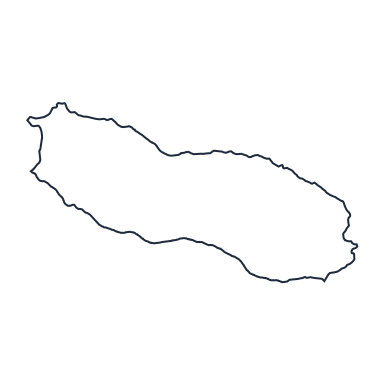 outline of Grecia, Alajuela, Costa Rica, rotated 263°
{"feature_id": "36466004B60213245209904", "entity_name": "Grecia", "entity_type": "district", "adm_level": 2, "iso_a3": "CRI", "parent_name": "Costa Rica", "parent_adm1": "Alajuela", "projection": "albers", "projection_center": [-84.294, 10.09], "detail": "fine", "context": "isolated", "style": "outline", "palette": "slate", "viewbox_px": 384, "rotation_deg": 263, "n_neighbors": 0, "source": "geoboundaries", "source_scale": "gbopen_adm2", "svg_char_len": 5993}
<svg xmlns="http://www.w3.org/2000/svg" viewBox="0 0 384 384"><g transform="rotate(263 192 192)"><path d="M186.4,314.7L185.6,312.2L185.9,311.4L186.7,310.6L188.4,307.7L188.7,306.8L189.5,305.6L190.3,305.0L191.8,303.2L192.4,301.2L193.7,299.5L194.7,298.6L196.0,298.1L197.7,296.4L200.3,294.6L201.7,293.3L203.1,290.9L204.4,289.3L204.2,286.3L204.4,285.9L204.8,285.5L207.3,285.2L207.7,284.9L207.5,283.4L206.7,281.0L210.9,275.6L213.3,274.3L215.7,272.8L216.0,269.9L216.7,268.7L216.9,268.0L218.5,265.8L219.1,264.7L219.4,263.6L220.7,261.9L220.7,258.5L220.3,257.4L220.3,256.6L219.5,254.9L219.6,253.4L220.1,252.2L221.5,250.7L222.0,249.8L222.5,248.5L223.9,245.6L224.0,241.8L224.3,240.3L224.8,239.2L225.8,237.6L227.6,235.9L227.6,233.9L227.5,233.0L227.0,232.1L226.9,230.1L227.6,228.1L228.4,226.8L230.3,218.8L229.7,217.3L228.3,214.9L228.3,213.7L228.5,212.9L228.5,207.3L228.9,205.8L229.3,198.4L230.9,195.2L231.4,194.8L232.3,193.2L232.3,190.8L231.9,189.2L231.9,186.0L231.7,185.8L231.7,185.4L231.2,184.9L230.5,183.1L230.5,176.6L230.7,175.2L231.3,173.2L231.9,172.3L231.9,171.9L232.8,170.8L233.5,169.5L234.7,168.1L234.7,167.7L236.2,166.0L237.6,164.8L239.6,163.8L240.1,163.4L241.1,162.9L241.5,162.9L242.5,162.1L243.6,161.6L244.9,160.1L245.6,158.8L245.9,158.6L246.0,158.2L246.3,158.1L246.8,157.1L250.1,153.9L250.2,153.6L254.7,149.4L256.3,147.3L258.5,144.9L259.2,143.8L260.0,143.0L260.8,142.8L260.8,142.4L262.0,141.1L263.6,140.0L263.9,139.3L264.4,138.8L264.4,138.4L265.0,137.5L265.0,136.7L264.8,136.4L264.8,131.6L265.2,130.1L265.8,129.0L266.1,128.8L266.2,128.5L267.9,126.4L270.6,124.5L270.9,124.4L271.6,123.6L273.2,122.2L273.6,122.1L274.4,121.0L274.2,118.6L273.8,117.8L273.8,116.2L275.2,114.1L275.4,112.9L275.4,108.9L276.4,105.2L279.7,96.4L279.7,95.5L280.2,93.1L281.5,90.7L282.0,88.8L282.8,87.9L284.6,86.3L285.5,85.4L285.6,85.0L285.6,82.5L285.8,81.6L286.2,80.9L286.7,80.3L290.1,78.1L293.9,77.3L294.9,76.9L295.7,76.3L295.5,73.9L296.6,70.1L295.4,68.5L293.4,68.5L293.1,68.2L292.5,67.2L292.5,64.4L292.3,63.8L290.7,62.9L290.0,62.3L288.1,61.1L287.3,60.4L286.1,58.6L284.6,54.7L284.3,53.8L284.3,51.8L284.0,49.1L284.0,45.7L284.8,44.3L285.2,42.9L286.0,41.5L286.1,40.3L283.3,37.3L278.2,40.6L277.8,40.6L277.4,41.1L276.6,42.8L276.6,47.3L276.2,48.0L273.8,49.4L273.0,49.4L270.3,50.0L265.5,50.0L264.8,49.8L263.6,49.8L262.9,49.4L254.1,47.0L252.5,46.4L252.1,45.8L251.7,45.8L251.1,45.4L243.4,45.4L241.9,45.2L241.0,44.6L240.6,44.6L239.2,43.4L238.7,42.3L234.1,37.6L233.8,36.9L233.5,36.8L233.5,36.4L232.7,35.6L232.2,34.6L230.7,36.0L230.2,37.0L229.9,37.2L229.8,37.6L229.5,37.8L229.5,38.2L228.5,39.0L225.6,39.8L225.2,40.2L223.8,40.8L221.8,42.3L220.9,44.8L220.9,46.0L220.3,47.4L218.3,49.9L214.5,52.8L213.6,54.3L212.7,55.0L212.4,55.7L211.4,56.7L210.1,57.7L208.6,58.2L208.0,58.7L205.9,59.6L204.7,60.4L204.4,60.9L203.2,61.7L202.8,62.3L200.4,63.3L199.6,63.3L198.6,63.7L197.8,63.7L196.4,64.3L195.2,65.1L194.0,66.5L193.4,67.3L193.4,68.1L193.2,68.4L193.2,69.6L193.8,71.9L193.7,73.4L193.1,73.9L190.7,75.2L189.8,76.3L189.2,76.7L189.0,77.4L188.9,78.6L188.2,80.7L184.6,83.7L183.8,85.7L181.8,88.1L171.0,95.8L169.3,98.0L168.9,98.3L168.5,99.5L167.6,100.5L167.3,102.2L166.8,103.2L165.9,104.8L165.5,106.0L164.2,108.0L164.1,108.7L163.4,110.2L162.9,110.6L162.6,111.5L162.2,111.8L161.7,112.7L161.7,113.3L161.2,113.7L160.7,115.4L160.1,116.4L160.1,117.6L159.8,118.8L159.8,120.7L160.1,121.2L160.1,125.6L159.8,125.9L159.1,128.8L158.8,129.1L158.7,129.7L158.4,130.2L157.2,131.3L156.6,132.4L156.0,132.7L155.7,133.3L153.8,135.4L153.3,135.5L152.7,136.3L151.6,137.2L151.6,137.7L151.0,138.0L149.3,139.8L148.1,142.5L147.2,143.4L147.2,144.0L146.6,144.7L146.6,145.3L146.3,145.6L146.3,146.2L145.7,147.9L145.7,154.7L146.0,155.7L146.0,165.7L146.3,166.0L146.3,170.4L146.6,171.3L146.6,172.6L147.2,174.3L147.2,178.7L146.6,180.3L146.6,180.9L145.7,182.2L145.7,182.8L145.4,183.2L145.4,183.8L145.0,184.1L145.0,184.7L144.7,185.0L144.7,185.7L144.4,186.0L144.4,186.6L143.0,188.6L142.5,189.7L141.9,190.3L141.9,190.9L141.6,191.4L141.6,193.3L141.3,193.6L141.2,195.5L140.2,197.3L139.7,197.7L138.9,199.3L138.2,200.2L137.2,202.2L137.2,204.0L136.9,204.5L136.8,205.7L136.1,207.1L134.4,209.4L133.5,210.3L132.6,212.4L132.2,212.9L132.2,213.5L131.6,213.8L131.1,214.6L128.4,217.0L127.5,218.3L125.0,222.1L124.9,222.6L124.4,222.9L123.6,223.9L123.2,225.0L122.8,225.5L122.8,226.1L119.4,230.4L116.9,232.3L114.3,233.6L113.8,234.1L112.7,234.5L112.4,234.8L111.8,234.8L109.7,236.0L109.1,236.1L108.3,236.7L107.8,236.8L107.0,237.8L106.5,238.0L105.7,238.7L104.2,239.7L102.8,242.2L102.4,242.4L102.1,243.4L100.3,246.1L100.0,247.2L99.5,247.6L99.2,248.7L98.7,249.8L98.7,251.0L97.8,253.2L97.7,254.4L97.4,254.7L97.4,255.3L96.5,256.5L96.5,257.1L95.7,257.8L95.5,258.4L95.2,258.7L95.1,259.3L94.6,260.0L94.6,261.8L94.3,262.4L94.3,264.8L94.0,265.2L93.6,266.9L93.1,267.3L93.0,267.9L92.1,269.2L92.1,269.8L91.5,270.5L91.5,271.1L91.5,275.5L93.0,278.1L92.8,286.8L93.1,288.8L93.1,291.3L93.6,292.4L93.9,293.8L93.1,294.8L92.8,295.6L93.0,299.2L91.7,303.2L90.1,310.1L89.6,310.9L87.4,312.5L93.6,317.4L94.8,319.0L94.9,323.8L95.3,326.8L96.6,329.6L97.6,331.0L98.5,334.7L99.3,335.8L100.7,337.1L101.4,339.9L102.5,341.9L103.6,343.3L105.4,344.9L105.9,345.0L110.6,345.3L111.1,345.2L111.5,344.7L111.6,343.7L111.8,343.3L112.4,343.1L113.7,343.1L115.6,344.3L115.9,344.8L116.3,347.1L116.9,348.3L117.7,349.4L120.0,349.0L120.3,346.8L120.7,346.1L121.9,344.7L123.6,344.0L123.8,343.7L123.9,341.7L124.8,339.4L125.4,338.5L125.4,338.1L126.0,337.7L126.4,337.7L127.0,337.2L128.2,336.9L131.8,336.9L133.0,337.7L133.6,338.5L134.1,338.9L134.7,339.6L137.0,341.1L139.5,343.7L141.0,343.5L144.6,343.5L146.2,343.8L147.3,344.3L148.5,345.8L149.1,346.1L151.0,346.1L153.2,344.9L153.3,344.6L155.3,343.3L157.6,342.5L160.9,341.6L162.1,341.5L163.9,340.9L164.7,340.2L164.7,339.8L165.7,338.1L166.7,337.0L168.1,335.1L168.9,334.3L169.6,333.5L170.4,331.7L171.1,330.7L172.0,329.0L174.4,326.1L176.0,324.7L176.4,324.7L177.3,323.9L178.7,322.5L179.0,322.0L179.3,321.9L181.1,320.3L183.1,317.9L183.9,317.1L184.2,317.0L186.4,314.7Z" fill="none" stroke="#1e293b" stroke-width="2"/></g></svg>